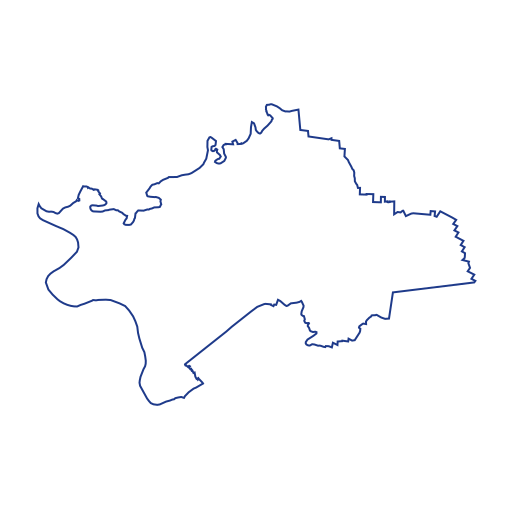 outline of Chacaltianguis, Veracruz, Mexico, rotated 272°
{"feature_id": "50627088B48878953618841", "entity_name": "Chacaltianguis", "entity_type": "district", "adm_level": 2, "iso_a3": "MEX", "parent_name": "Mexico", "parent_adm1": "Veracruz", "projection": "natural_earth1", "projection_center": [-95.805, 18.211], "detail": "fine", "context": "isolated", "style": "outline", "palette": "blue", "viewbox_px": 512, "rotation_deg": 272, "n_neighbors": 0, "source": "geoboundaries", "source_scale": "gbopen_adm2", "svg_char_len": 6072}
<svg xmlns="http://www.w3.org/2000/svg" viewBox="0 0 512 512"><g transform="rotate(272 256 256)"><path d="M237.2,475.0L238.8,476.1L240.7,472.1L245.0,474.8L248.1,468.1L251.6,470.3L256.2,468.5L257.8,469.0L259.2,462.5L261.2,464.5L262.2,464.7L266.1,464.8L267.8,461.6L272.1,464.2L274.1,460.2L278.4,462.8L282.2,454.9L286.6,457.5L288.5,453.4L292.9,456.2L294.9,452.0L299.1,454.8L301.3,450.7L307.1,438.6L301.5,435.2L302.2,433.1L306.8,433.4L307.0,429.0L303.3,428.8L304.2,411.7L303.8,409.7L301.1,404.4L306.4,401.6L306.3,400.9L304.6,399.0L304.9,396.0L302.5,392.6L315.4,392.3L315.1,389.7L315.2,387.7L314.6,387.8L314.3,386.2L314.5,385.4L315.2,385.3L314.8,382.9L319.5,382.8L319.5,378.8L314.0,378.9L314.0,371.1L321.9,371.1L321.8,364.3L321.2,364.3L321.2,357.6L327.7,357.6L327.6,355.5L330.6,354.6L331.6,353.7L334.1,352.2L337.2,352.0L339.4,351.3L342.8,351.3L345.1,350.6L346.4,349.2L348.5,348.2L353.2,345.4L355.1,344.6L358.6,340.9L366.1,341.1L366.5,336.0L373.9,335.1L374.7,327.4L376.3,327.3L375.1,324.5L377.3,304.3L382.8,303.6L383.5,295.9L403.8,293.3L402.3,286.9L401.5,284.4L401.6,281.6L401.5,280.3L402.6,277.0L404.5,274.6L406.3,271.6L408.2,266.4L408.1,265.0L407.7,264.1L407.4,261.6L405.5,260.7L403.6,260.9L402.9,260.8L401.1,261.5L400.9,261.3L398.2,262.6L397.8,262.6L397.0,263.3L397.5,264.1L397.0,265.3L394.3,267.9L393.7,267.9L392.7,267.1L391.2,266.7L390.3,266.0L386.6,262.9L383.6,259.7L381.4,257.9L379.4,256.9L378.5,255.7L379.0,254.2L380.8,252.3L382.1,251.4L384.5,251.0L388.5,249.4L389.7,247.2L384.7,246.5L377.9,246.4L373.3,244.5L370.8,242.8L368.2,239.3L367.6,237.8L368.1,237.4L367.4,236.4L367.2,233.7L368.3,233.6L371.3,231.6L369.5,228.4L366.8,229.2L367.0,222.0L366.6,222.1L366.4,220.9L365.8,219.8L363.7,218.6L361.6,220.0L357.2,220.6L354.1,222.4L353.2,222.5L349.9,221.0L347.4,217.4L347.1,216.2L347.1,215.2L347.5,213.5L348.6,211.7L349.7,212.0L350.7,213.2L351.7,214.8L351.9,215.9L354.2,217.3L355.7,216.4L358.2,213.4L359.4,213.2L361.0,213.6L361.8,212.2L361.3,211.6L360.5,211.4L359.4,210.2L359.3,209.0L360.0,207.8L360.5,207.6L363.5,207.8L364.1,208.7L364.5,210.7L365.6,211.7L369.5,212.0L372.7,207.5L373.3,206.3L372.9,205.3L369.4,203.5L363.2,203.6L360.0,204.3L351.5,202.9L347.5,200.8L345.9,200.2L342.0,196.5L336.7,188.8L335.9,187.1L335.3,185.5L334.8,182.3L334.1,179.0L332.2,174.3L331.8,166.0L331.0,165.3L328.9,160.5L327.3,158.2L325.2,156.3L325.4,154.8L324.1,152.0L323.6,150.0L323.1,149.4L321.5,148.1L320.0,147.3L315.5,144.1L312.3,145.2L311.9,145.7L311.5,148.5L311.3,152.9L311.5,153.8L310.7,156.8L309.0,158.9L307.3,158.6L304.2,159.5L303.2,158.8L301.9,158.4L301.6,158.0L301.3,156.7L301.0,152.6L299.9,150.4L299.3,148.1L298.7,147.3L298.7,145.7L297.4,142.1L297.4,136.7L295.8,135.3L294.8,134.7L294.4,134.1L289.8,133.7L289.0,133.2L287.1,132.7L285.7,132.0L283.1,129.9L282.7,128.5L282.6,127.1L282.6,124.7L283.1,123.3L284.0,122.6L287.7,124.3L289.1,125.4L291.6,125.8L291.7,124.6L293.3,122.0L294.5,120.8L295.8,117.7L296.9,116.3L296.8,114.8L297.9,112.2L297.2,108.0L296.7,106.8L296.3,103.6L295.1,101.2L294.8,99.1L294.9,91.7L295.4,90.6L296.3,89.6L297.5,88.9L299.2,88.6L299.7,88.7L300.7,89.7L301.0,91.0L300.8,94.9L300.4,96.4L301.1,101.0L301.5,102.4L302.2,103.6L303.3,104.6L303.9,104.7L305.2,104.4L307.6,101.0L307.6,100.6L308.2,100.0L310.1,99.2L312.3,97.3L313.1,97.9L315.0,96.2L315.6,95.9L316.1,96.1L316.6,95.5L317.0,92.5L316.9,91.8L316.4,91.6L316.4,91.4L317.0,90.9L317.0,90.5L317.6,89.5L317.6,88.4L317.8,87.5L318.7,86.2L318.3,85.7L319.1,85.4L319.6,84.0L319.5,81.5L319.7,80.8L314.4,78.2L311.0,76.7L307.6,76.0L306.9,77.4L305.3,77.5L304.9,76.6L305.1,76.1L305.1,75.4L305.5,74.9L304.4,74.3L302.6,71.5L299.8,68.6L298.7,66.5L297.9,63.7L296.6,61.4L292.0,57.5L291.4,56.0L291.9,54.1L292.9,52.2L293.2,50.1L293.0,47.5L293.4,45.0L296.2,39.8L298.3,38.1L300.3,37.0L296.1,35.9L290.9,36.1L288.0,37.3L286.1,38.9L284.4,41.8L278.9,55.2L276.1,62.6L272.7,69.3L270.6,72.8L268.7,75.1L266.3,76.6L263.3,77.7L258.4,78.3L254.0,76.9L247.7,71.3L240.5,64.3L237.1,60.0L233.7,54.4L231.2,51.2L228.7,49.0L225.5,47.5L222.2,46.9L215.2,49.7L210.3,54.1L205.8,59.1L204.0,61.6L202.0,65.4L200.6,69.1L199.7,72.7L199.3,75.9L199.3,79.0L201.0,82.5L202.3,86.2L205.6,93.7L206.3,94.7L206.1,97.6L206.6,100.1L207.1,107.5L206.9,112.3L203.9,121.3L201.4,127.0L197.1,131.1L191.4,135.3L186.6,137.7L181.3,139.8L175.0,140.8L169.5,142.3L160.3,145.5L156.0,147.8L151.6,148.8L147.5,149.5L144.4,149.5L141.9,149.0L138.9,147.5L131.2,144.8L127.7,144.2L125.3,144.0L122.2,144.7L109.8,152.1L107.3,154.1L105.3,156.0L104.2,158.7L103.8,162.5L104.3,165.0L107.4,171.3L108.5,175.0L109.6,177.4L110.0,179.2L111.1,180.3L111.9,183.2L112.5,186.2L111.7,189.0L113.5,189.9L117.5,193.5L121.3,198.3L122.4,200.7L126.7,207.5L127.5,207.0L131.1,203.3L130.5,202.5L131.9,202.4L131.1,200.9L133.3,199.6L137.4,198.7L136.9,197.6L139.4,196.4L139.1,195.8L140.9,195.2L140.5,194.4L141.9,193.1L143.4,193.9L143.9,193.0L142.8,191.8L144.3,190.0L144.1,189.4L145.0,188.8L145.4,188.9L179.5,229.0L184.4,234.2L200.1,252.7L205.2,259.0L208.2,265.8L208.5,267.1L208.2,272.5L207.7,272.5L206.5,275.2L208.1,275.9L207.9,277.9L213.0,279.5L211.8,281.9L208.2,286.3L207.2,288.0L207.1,288.3L207.5,289.4L209.9,292.5L210.8,298.3L211.7,301.2L212.7,302.7L211.8,303.4L208.0,305.3L206.5,305.2L202.3,303.6L199.8,303.3L199.0,303.4L198.5,303.9L197.8,304.9L197.6,306.0L194.5,307.0L192.9,306.5L191.7,307.1L190.9,307.7L190.8,308.3L190.7,309.2L190.9,311.0L190.5,311.3L188.8,310.2L187.7,310.2L186.1,311.5L183.4,312.5L182.7,313.4L182.0,315.6L182.4,317.8L182.0,319.1L180.7,319.1L178.2,316.1L174.3,310.4L171.8,308.8L170.6,308.7L169.5,309.3L168.7,310.6L168.4,311.8L168.4,312.9L169.8,315.2L169.6,317.5L168.5,321.2L168.7,322.5L168.5,323.9L167.6,326.7L167.4,328.4L168.4,328.9L168.4,331.8L167.3,335.0L172.0,335.9L169.9,340.5L173.4,340.6L173.9,345.1L174.4,345.2L173.8,351.1L176.6,351.4L174.8,355.0L175.3,357.6L183.0,362.2L184.7,362.7L187.0,362.8L187.5,361.8L188.2,361.4L189.4,361.8L191.5,364.4L192.2,365.5L191.8,368.4L194.3,368.2L195.7,369.0L198.3,371.4L199.6,373.2L200.6,373.6L200.8,374.5L201.0,377.4L201.4,378.2L201.3,378.8L198.9,383.3L197.9,386.5L197.7,387.3L198.1,391.1L224.4,394.1L237.2,475.0Z" fill="none" stroke="#1e3a8a" stroke-width="2"/></g></svg>